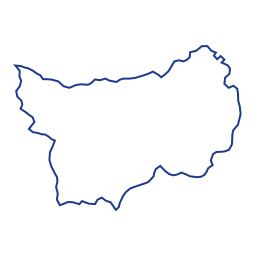 the district of Alambari, São Paulo, Brazil
{"feature_id": "56859067B9588221424394", "entity_name": "Alambari", "entity_type": "district", "adm_level": 2, "iso_a3": "BRA", "parent_name": "Brazil", "parent_adm1": "São Paulo", "projection": "orthographic", "projection_center": [-47.872, -23.55], "detail": "fine", "context": "isolated", "style": "outline", "palette": "blue", "viewbox_px": 256, "rotation_deg": 0, "n_neighbors": 0, "source": "geoboundaries", "source_scale": "gbopen_adm2", "svg_char_len": 1742}
<svg xmlns="http://www.w3.org/2000/svg" viewBox="0 0 256 256"><path d="M239.8,106.6L238.2,100.5L238.0,93.8L237.2,88.7L233.4,85.8L228.7,87.8L224.4,83.9L225.1,77.7L229.4,73.9L230.0,68.6L227.7,65.3L221.7,62.6L224.4,59.6L220.6,56.1L217.2,59.2L213.9,55.7L215.9,52.6L211.4,50.8L207.3,46.1L201.8,46.2L196.2,50.8L190.2,52.2L189.7,57.1L186.8,59.9L183.2,61.4L179.1,60.3L174.3,61.4L171.6,66.1L168.5,71.2L164.7,74.7L161.2,77.3L158.5,74.9L152.9,71.6L148.2,73.8L142.5,75.7L135.3,77.9L129.1,78.6L123.7,78.6L120.1,79.6L116.3,82.0L109.4,80.6L105.3,78.6L100.2,80.2L94.9,79.5L91.5,82.9L88.2,84.7L84.8,84.6L80.6,84.3L75.8,85.1L69.4,87.8L63.7,86.3L58.3,81.4L51.8,79.6L47.3,79.2L43.0,79.2L40.4,75.3L37.1,73.7L33.0,70.8L28.5,68.4L24.8,67.5L20.8,66.1L15.4,65.5L19.7,70.8L19.5,76.8L21.2,80.6L19.8,86.2L16.2,91.1L17.3,96.6L21.4,100.7L22.3,104.6L20.6,108.8L25.2,111.8L29.1,114.8L32.7,117.4L34.4,122.0L28.9,128.9L32.9,132.2L37.8,133.0L41.3,134.2L45.4,134.6L48.4,136.5L51.5,139.1L54.9,140.6L52.4,147.1L50.0,152.0L49.4,160.1L51.4,166.5L54.3,172.4L57.1,177.3L57.4,181.6L56.1,187.1L57.8,193.7L56.9,199.6L59.9,205.2L63.9,203.7L68.3,201.9L73.0,202.3L79.4,204.2L82.0,201.1L88.9,203.7L95.0,204.1L97.4,199.8L101.7,197.6L105.8,200.7L110.7,202.3L115.8,209.9L118.7,207.2L119.9,202.7L123.0,196.2L125.7,192.3L130.0,188.6L134.0,187.0L143.9,183.7L148.2,182.1L153.5,176.5L154.2,172.9L155.9,169.0L160.3,165.9L165.0,170.9L169.2,174.1L173.1,175.3L176.6,174.7L181.7,172.6L186.3,174.5L190.0,176.3L197.1,177.2L200.9,176.8L204.4,174.9L206.6,171.8L208.2,168.2L212.6,165.1L210.8,160.4L213.1,154.0L216.4,152.0L221.1,151.8L224.6,151.4L229.0,149.8L232.0,144.3L232.2,138.7L232.4,134.0L233.3,130.2L237.9,124.8L239.5,118.7L240.6,113.9L239.8,106.6Z" fill="none" stroke="#1e3a8a" stroke-width="2"/></svg>